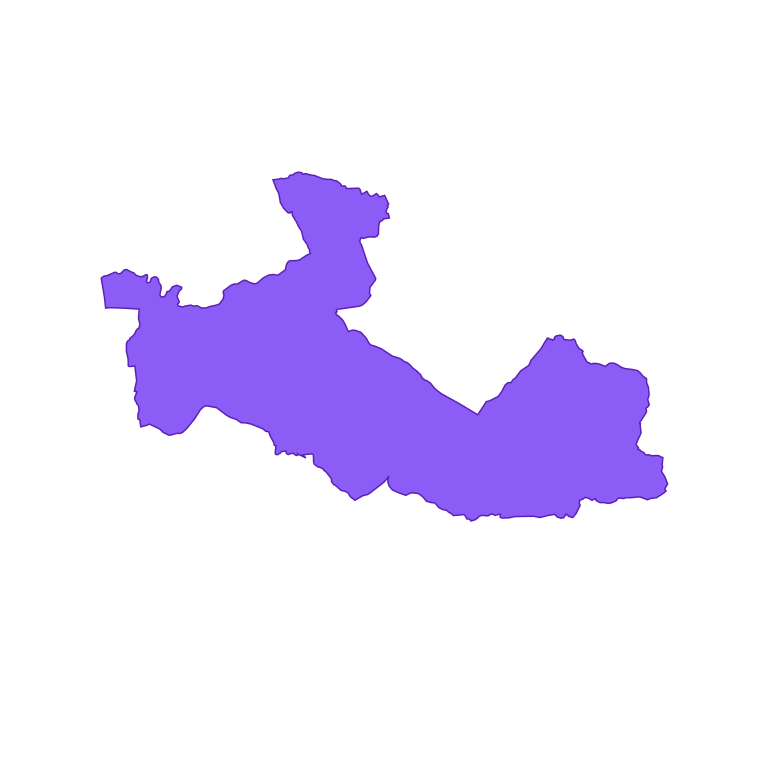 the district of Motru, Gorj, Romania, rotated 121°
{"feature_id": "2599482B51668804441842", "entity_name": "Motru", "entity_type": "district", "adm_level": 2, "iso_a3": "ROU", "parent_name": "Romania", "parent_adm1": "Gorj", "projection": "albers", "projection_center": [22.98, 44.823], "detail": "fine", "context": "isolated", "style": "filled", "palette": "violet", "viewbox_px": 768, "rotation_deg": 121, "n_neighbors": 0, "source": "geoboundaries", "source_scale": "gbopen_adm2", "svg_char_len": 6163}
<svg xmlns="http://www.w3.org/2000/svg" viewBox="0 0 768 768"><g transform="rotate(121 384 384)"><path d="M438.9,680.9L454.0,668.0L462.3,661.7L459.8,658.3L453.5,647.1L445.9,632.4L454.3,628.2L458.5,624.0L462.5,622.8L463.3,623.6L466.1,624.0L469.5,623.5L472.7,624.1L475.5,625.3L477.5,625.0L479.4,625.9L482.2,625.5L488.4,621.8L494.5,616.1L500.2,612.5L500.1,611.1L496.9,606.8L508.5,597.8L518.8,594.2L517.9,591.8L524.6,590.6L526.3,588.8L526.9,587.3L528.3,585.8L528.7,584.0L529.5,582.9L532.9,580.3L536.8,579.3L540.7,576.9L540.5,574.9L546.0,570.4L542.0,566.4L539.2,564.4L538.1,552.9L539.2,548.6L538.7,542.2L537.7,540.6L533.2,536.4L531.2,533.1L528.9,531.6L523.4,530.1L511.7,528.4L500.8,528.1L496.9,527.1L495.2,526.1L493.9,524.4L490.5,515.2L491.9,502.4L491.7,498.3L490.4,491.9L490.8,486.6L488.5,482.4L486.8,477.3L484.8,464.7L485.4,461.0L484.3,458.3L487.4,454.5L490.8,448.5L493.0,446.5L492.5,444.8L499.1,441.8L500.1,440.7L499.6,439.0L496.6,437.2L494.6,437.0L492.0,433.3L493.8,432.0L493.8,429.7L492.0,428.4L490.1,426.1L490.6,423.8L490.2,422.0L489.7,421.6L488.3,422.3L488.5,420.3L488.1,419.1L487.7,413.5L487.4,413.5L486.8,417.3L482.0,411.3L480.9,409.0L481.2,408.0L487.4,404.0L488.7,402.3L489.1,397.9L488.4,395.8L488.2,392.2L489.0,391.0L489.0,388.8L492.0,381.0L493.0,379.6L494.6,378.9L496.2,375.2L495.9,373.5L497.3,366.0L496.0,362.1L495.9,358.5L498.0,354.8L498.6,349.0L490.6,344.6L487.4,341.3L485.2,340.1L468.3,333.5L463.5,332.6L460.4,332.6L465.2,330.8L466.5,329.7L468.8,327.1L470.5,322.2L469.6,314.9L468.2,308.0L463.2,304.7L460.3,298.5L460.3,295.9L460.9,292.0L462.7,287.2L461.1,281.8L459.7,279.2L461.7,273.2L461.4,268.9L460.0,265.3L460.5,263.3L460.5,258.2L461.1,256.9L454.7,248.1L454.8,247.3L457.0,243.2L455.7,241.6L456.6,238.9L453.9,236.3L450.8,234.7L448.8,234.5L447.1,233.3L445.8,231.8L444.0,227.9L442.7,226.3L441.5,226.0L439.7,224.4L439.4,221.1L436.9,218.8L435.8,217.0L438.4,215.8L438.1,213.7L434.2,207.8L430.2,203.5L420.4,187.8L418.0,181.4L413.0,176.5L408.0,170.8L408.2,168.3L408.8,167.5L407.9,163.0L407.0,162.6L406.2,161.0L404.2,161.4L403.4,160.5L401.9,161.0L401.3,159.5L402.5,157.7L402.0,157.0L401.9,155.4L401.2,153.4L395.8,152.6L386.9,153.4L386.1,154.9L383.0,156.3L379.7,154.0L377.8,153.4L376.5,149.9L376.6,146.4L376.0,145.4L373.3,143.6L374.7,141.9L374.4,137.8L371.8,133.2L371.1,130.6L368.7,127.8L364.7,124.9L362.2,124.8L360.6,123.5L358.6,119.4L356.7,117.9L354.6,114.2L349.7,107.7L348.7,105.2L347.6,98.7L344.3,96.0L341.1,91.8L333.7,88.2L330.4,87.1L329.4,89.3L323.6,89.4L318.9,95.5L315.9,101.3L312.1,102.2L309.6,104.1L303.4,107.1L304.0,109.7L303.8,111.1L305.0,113.7L307.4,117.1L308.4,120.8L309.7,122.6L309.9,123.9L309.0,125.8L309.2,129.3L308.5,131.3L309.4,132.6L307.2,133.4L307.3,134.4L305.9,136.6L304.6,137.2L293.6,138.4L287.8,142.9L285.9,143.8L286.2,144.5L285.2,144.9L273.3,144.5L271.9,145.1L269.8,147.0L267.4,146.0L265.1,145.9L261.6,149.9L257.4,150.9L255.7,151.9L250.5,155.8L247.6,159.6L244.2,161.7L243.9,166.0L242.3,170.7L241.9,173.5L243.8,179.0L246.4,184.6L247.3,188.1L247.5,190.8L247.2,193.5L247.6,197.1L248.7,199.6L250.3,201.5L255.0,203.5L255.9,209.4L257.1,212.9L258.1,213.7L258.2,214.9L260.2,216.7L260.2,219.2L260.6,220.7L260.2,222.1L256.8,228.0L254.8,230.5L253.8,230.0L253.1,231.0L253.1,235.1L250.5,240.1L248.4,242.3L247.7,244.4L250.5,246.9L253.2,252.6L251.2,255.2L251.3,258.1L254.3,261.3L256.1,261.9L257.9,261.0L258.6,261.9L259.7,262.0L259.5,263.6L260.5,265.3L259.8,266.5L261.1,267.8L262.9,267.2L263.3,267.7L272.6,267.6L288.2,270.2L291.9,269.5L294.1,269.7L302.4,273.6L311.3,274.5L313.6,275.6L317.4,275.9L319.1,278.5L322.7,279.6L330.3,279.2L335.8,279.7L343.9,284.7L346.5,287.2L362.1,287.8L362.1,309.6L362.8,329.4L362.2,335.6L361.1,340.1L359.3,344.6L359.1,349.0L359.6,351.1L359.1,354.4L357.2,357.5L356.0,362.7L355.4,368.0L354.1,372.0L353.8,375.3L354.4,379.2L353.9,381.2L354.0,383.9L355.8,391.3L355.2,404.0L356.1,410.7L357.3,415.1L356.9,417.6L353.8,423.0L351.6,430.5L352.8,436.2L354.0,438.7L357.4,441.7L352.8,448.2L350.5,452.3L349.2,457.6L349.1,460.2L347.9,462.2L346.2,461.4L345.2,462.9L343.5,462.3L342.8,460.9L329.9,445.1L327.5,443.3L323.0,441.7L315.0,440.8L313.8,443.1L308.3,445.8L299.4,444.9L297.8,445.4L288.8,460.4L276.5,474.8L274.7,477.8L273.8,478.4L270.6,479.2L270.0,477.0L266.0,473.1L262.8,467.6L260.8,466.1L258.3,466.0L251.4,469.9L247.3,471.2L244.3,469.5L242.7,469.5L239.0,464.9L235.8,467.9L236.3,469.6L235.3,470.8L232.7,471.7L230.1,471.7L229.1,473.1L227.5,472.6L222.0,480.6L226.1,484.4L224.9,486.9L224.7,488.6L228.9,490.7L230.0,492.2L229.7,494.2L227.7,498.0L233.0,500.9L229.6,504.7L229.2,506.6L235.7,516.6L234.3,519.2L236.0,522.1L234.9,524.2L234.3,528.9L234.6,530.1L235.2,531.1L235.8,534.7L238.1,538.6L239.6,542.4L241.1,551.0L242.7,554.7L242.5,555.3L243.7,556.8L243.4,557.9L244.3,559.9L246.2,561.9L245.3,562.7L245.7,564.8L246.8,566.9L249.6,569.1L251.6,569.7L253.5,572.2L256.7,572.2L260.3,576.4L260.3,577.6L263.2,580.5L266.1,584.4L272.3,576.6L274.7,572.5L281.9,566.2L285.1,560.4L286.6,554.6L286.0,552.7L284.1,552.2L283.7,551.4L286.6,549.4L290.5,542.0L292.9,538.7L295.6,533.2L301.3,527.8L304.0,521.7L306.4,518.9L307.2,516.9L308.8,516.1L310.0,514.2L313.4,516.6L320.9,520.2L323.2,522.4L326.6,527.9L328.4,529.1L331.5,529.2L337.0,527.4L344.9,530.8L346.0,532.0L347.2,535.5L350.2,539.1L355.4,542.2L362.4,544.5L364.1,545.6L365.4,548.2L366.2,551.9L366.3,555.6L367.3,557.7L373.8,561.2L375.8,564.3L378.4,566.1L387.0,569.6L388.8,568.7L390.2,567.0L393.8,565.7L400.2,566.3L402.8,568.4L407.6,573.5L409.9,575.2L412.1,578.2L412.9,580.1L413.0,583.8L413.6,585.3L415.3,587.1L415.9,590.3L420.2,595.2L421.6,596.1L423.0,600.4L422.1,602.0L419.4,601.6L418.7,602.1L416.3,605.6L414.8,606.8L409.5,607.4L406.9,606.5L405.5,607.0L405.3,607.7L406.1,612.5L409.6,615.4L414.9,615.7L416.5,617.6L419.0,617.0L422.0,617.2L424.0,619.4L423.7,621.0L423.1,622.0L416.7,624.3L414.8,625.7L413.9,626.8L413.1,629.2L410.5,631.2L409.6,634.0L410.1,635.7L411.9,637.2L413.8,637.9L416.9,636.9L418.8,638.3L419.0,639.0L418.3,640.5L414.8,641.4L412.4,643.2L413.2,644.6L416.3,646.4L417.8,648.7L418.5,652.6L417.6,655.8L418.1,658.0L418.5,663.7L419.9,665.4L424.2,666.4L425.7,667.4L426.5,669.0L426.3,671.2L427.1,672.5L433.9,677.3L435.8,679.7L438.9,680.9Z" fill="#8b5cf6" stroke="#5b21b6" stroke-width="1.5"/></g></svg>